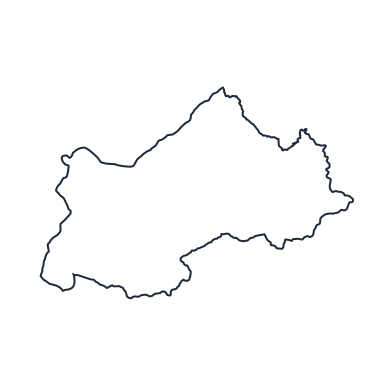 the district of Betania, Antioquia, Colombia, rotated 354°
{"feature_id": "7082276B53063145531643", "entity_name": "Betania", "entity_type": "district", "adm_level": 2, "iso_a3": "COL", "parent_name": "Colombia", "parent_adm1": "Antioquia", "projection": "orthographic", "projection_center": [-75.967, 5.733], "detail": "fine", "context": "isolated", "style": "outline", "palette": "slate", "viewbox_px": 384, "rotation_deg": 354, "n_neighbors": 0, "source": "geoboundaries", "source_scale": "gbopen_adm2", "svg_char_len": 6046}
<svg xmlns="http://www.w3.org/2000/svg" viewBox="0 0 384 384"><g transform="rotate(354 192 192)"><path d="M329.5,159.5L325.1,159.3L322.5,158.2L320.3,157.6L318.2,152.7L317.5,152.1L315.8,151.5L315.4,151.0L314.1,147.0L313.6,146.6L312.4,146.4L310.6,145.2L310.5,144.8L312.4,142.0L312.4,141.6L311.8,141.2L311.2,141.3L310.3,142.2L309.3,142.7L308.6,142.4L307.9,141.5L306.6,141.6L305.3,144.6L305.6,145.7L305.2,146.3L305.6,147.5L305.3,148.3L305.4,149.3L305.0,149.8L303.8,149.8L303.0,150.2L302.7,150.5L302.4,151.3L302.4,151.9L302.9,152.7L302.8,153.2L301.6,153.3L300.9,154.0L300.2,153.8L299.6,154.8L299.3,154.9L299.0,154.1L298.5,154.4L297.5,154.4L297.4,154.6L297.8,155.3L297.7,156.4L296.8,156.8L295.8,156.9L295.2,157.5L292.1,159.1L291.4,159.9L290.7,160.1L290.0,159.5L289.0,159.4L287.9,159.9L287.1,159.9L286.6,160.1L286.2,159.6L286.7,159.3L286.6,159.1L285.8,158.2L285.7,157.4L284.1,156.3L283.2,154.7L283.5,148.3L282.1,148.0L281.5,147.2L279.2,146.0L276.4,146.0L274.2,144.5L272.6,144.8L272.4,144.3L270.8,143.4L268.8,143.4L267.9,142.4L265.1,140.0L264.0,137.1L262.9,135.7L261.8,133.7L261.0,132.7L260.0,131.0L258.7,130.2L255.1,126.3L254.3,125.6L253.6,125.5L253.6,124.4L250.9,122.1L250.4,120.5L250.7,118.7L251.4,117.3L250.2,114.6L250.1,111.7L248.6,109.6L248.3,108.7L248.4,108.1L249.2,107.8L249.3,107.6L249.3,106.0L247.6,103.9L246.1,101.4L245.4,101.8L244.5,101.1L242.7,100.7L240.9,101.2L240.1,101.8L239.0,101.5L238.1,100.0L235.8,100.3L235.3,99.4L235.0,96.6L234.4,96.0L234.6,94.7L234.3,92.8L233.7,91.4L233.1,91.5L230.0,93.2L228.7,94.5L227.0,95.6L222.9,96.7L220.1,99.9L218.5,102.3L217.9,102.7L214.3,103.2L208.8,105.8L202.8,111.0L201.0,113.5L199.3,114.8L199.0,115.4L198.6,117.7L197.6,120.3L195.9,121.5L193.7,122.3L192.3,123.1L187.3,126.8L186.8,127.6L185.0,129.0L183.8,130.1L179.7,132.4L178.3,132.8L173.5,133.0L171.7,134.5L168.5,136.4L166.7,137.0L164.4,137.4L163.2,138.6L161.8,140.8L160.3,142.3L156.1,144.7L155.2,145.9L151.9,146.8L147.8,149.0L144.0,151.9L142.7,152.5L140.8,154.0L137.1,159.2L136.1,160.0L135.2,160.3L133.6,160.4L130.2,159.9L125.9,159.0L121.2,157.7L118.3,156.3L110.0,154.9L105.5,153.3L104.7,152.9L104.0,152.2L102.5,149.2L101.6,147.8L97.2,142.8L93.5,139.1L90.2,136.8L88.4,136.5L86.1,136.6L83.7,137.2L81.3,138.2L77.6,140.7L76.5,143.1L75.0,144.8L74.5,145.1L73.5,145.0L71.5,142.8L70.4,142.5L68.7,142.5L67.4,142.8L66.4,143.6L65.9,144.4L66.4,147.8L68.1,150.5L69.0,151.4L70.3,152.1L71.4,152.4L72.0,153.1L72.0,154.0L71.3,156.1L71.1,158.0L69.1,163.5L67.1,164.6L65.6,164.7L65.2,165.1L63.2,167.8L62.0,169.7L61.3,170.4L60.2,171.0L58.5,172.9L57.1,175.5L57.1,176.5L57.3,177.2L59.3,179.5L60.2,181.1L61.3,182.4L62.8,183.6L64.1,185.4L66.6,192.4L67.5,196.2L68.6,197.1L69.3,198.1L69.2,200.2L68.3,201.4L62.9,206.3L58.0,209.9L57.6,211.3L57.3,216.2L56.5,218.0L53.5,220.8L50.4,222.2L47.8,224.0L46.7,225.0L44.9,227.4L43.7,228.3L43.2,229.0L42.9,230.0L43.4,235.7L43.1,236.5L41.7,237.4L40.5,239.2L39.3,241.5L38.9,243.1L37.9,244.6L37.2,246.4L36.5,249.8L35.6,251.5L35.1,253.0L34.8,255.2L34.5,256.1L33.4,257.6L33.3,258.5L32.7,259.7L33.4,261.1L34.6,262.7L35.0,263.5L39.1,266.8L40.5,268.3L46.9,270.7L50.1,272.7L52.0,274.7L53.2,276.8L55.8,276.0L58.1,276.1L60.6,275.7L62.6,274.8L64.2,273.4L65.3,271.4L65.9,268.0L66.0,264.7L65.6,261.7L66.7,262.5L69.3,262.5L82.1,268.3L84.8,268.9L86.0,269.9L87.1,271.3L88.5,272.1L91.0,274.6L92.9,275.2L95.5,276.9L97.5,278.6L102.6,276.4L103.0,276.5L104.1,277.6L110.0,278.1L111.0,278.9L113.0,279.9L114.4,282.6L115.5,284.2L116.5,289.1L117.7,290.4L119.5,291.2L121.0,291.1L122.3,290.1L123.3,289.9L124.2,289.9L127.6,290.6L131.1,289.3L133.9,289.2L136.0,289.5L138.9,291.3L140.3,291.4L141.8,291.0L144.2,289.5L145.7,289.3L149.7,289.2L151.6,288.0L152.3,287.9L154.0,288.1L154.7,288.4L155.8,289.8L156.7,291.9L159.1,292.6L159.7,292.5L160.1,291.8L160.5,289.0L161.1,287.9L162.4,287.1L165.3,286.8L166.6,286.3L167.4,285.2L169.3,283.9L170.2,282.1L172.5,279.2L174.5,278.4L175.9,279.5L178.3,279.8L179.7,279.2L180.5,277.8L181.4,275.7L182.1,273.2L182.4,270.8L181.4,269.3L180.7,267.8L180.4,266.2L179.4,264.5L178.0,264.4L176.6,263.0L176.0,261.0L174.7,260.4L173.6,258.7L173.4,258.3L173.6,257.3L174.2,256.4L176.6,254.8L180.0,254.2L181.7,253.4L182.6,252.7L184.6,251.8L185.3,250.7L185.7,250.3L186.2,250.2L188.0,250.6L190.1,249.9L191.6,248.8L193.8,248.6L195.8,247.7L198.1,247.3L199.2,246.7L199.8,246.0L201.4,245.4L203.6,244.1L205.1,244.1L206.1,243.8L207.1,242.5L208.5,241.6L210.3,241.0L211.8,241.1L213.3,239.9L214.7,239.9L215.5,239.6L216.1,239.2L217.0,236.9L219.0,237.3L222.0,237.0L223.6,237.3L224.6,238.0L226.1,239.9L227.8,241.0L228.7,241.9L231.5,242.4L232.4,243.2L233.8,244.9L234.5,245.3L238.3,246.4L242.1,246.0L243.3,245.4L244.8,244.1L248.3,243.6L249.7,242.7L251.3,242.3L255.8,241.9L257.6,241.9L258.8,241.6L259.5,241.6L260.0,242.4L260.9,245.3L262.0,247.7L265.0,250.5L264.9,252.4L265.1,253.1L267.0,253.5L268.9,254.4L269.4,254.9L269.8,256.2L270.7,256.9L275.3,257.9L276.0,257.7L277.0,256.5L277.8,253.1L278.7,252.2L279.1,251.5L279.3,250.2L280.0,249.0L283.9,250.0L285.9,251.0L286.5,250.9L287.2,249.7L287.7,249.4L289.9,249.6L292.0,249.5L293.3,249.8L294.5,250.3L296.6,250.8L297.2,250.5L299.1,248.7L301.4,248.0L302.7,248.0L304.3,249.1L306.2,248.7L307.6,247.8L308.1,247.1L309.1,243.5L309.6,242.4L311.0,240.9L312.2,238.4L312.5,238.1L315.1,237.2L315.9,236.7L316.9,232.0L318.1,230.5L321.7,228.4L323.7,227.9L326.8,227.8L330.0,228.2L334.1,227.8L335.9,227.3L338.0,225.6L338.7,225.4L339.9,225.6L341.1,226.2L342.7,226.0L343.7,225.4L344.3,224.8L347.2,219.2L347.7,218.8L349.8,218.8L350.6,218.6L351.3,217.4L351.3,216.7L351.0,215.5L348.1,212.6L346.4,211.8L343.7,211.4L343.3,211.0L343.0,209.7L342.1,208.7L339.7,207.3L337.7,207.1L335.2,206.1L331.7,206.7L331.1,206.0L329.7,203.4L329.5,201.6L329.7,199.9L331.3,194.3L330.7,193.1L328.1,191.8L327.6,191.1L327.7,189.2L329.6,187.5L329.9,186.7L329.7,186.1L327.9,184.3L327.8,183.6L328.2,183.0L330.2,182.4L331.2,181.7L331.6,180.6L331.6,178.9L331.3,177.9L330.2,176.9L329.2,174.9L330.4,172.8L330.6,171.6L330.2,171.2L328.7,170.9L327.9,170.2L328.1,166.9L326.6,164.9L326.9,163.9L329.6,160.9L329.9,160.1L329.5,159.5Z" fill="none" stroke="#1e293b" stroke-width="2"/></g></svg>